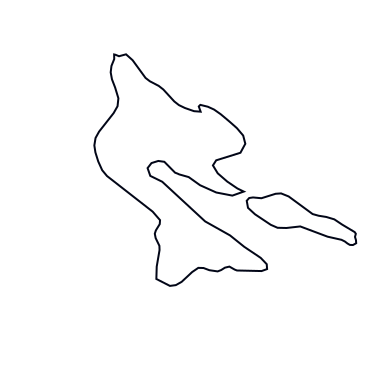 SVG path tracing the border of Southern Leyte, rotated 315°
{"feature_id": "PHL-2585", "entity_name": "Southern Leyte", "entity_type": "Province", "adm_level": 1, "iso_a3": "PHL", "parent_name": "Philippines", "parent_adm1": "", "projection": "equal_earth", "projection_center": [125.092, 10.27], "detail": "fine", "context": "isolated", "style": "outline", "palette": "ink", "viewbox_px": 384, "rotation_deg": 315, "n_neighbors": 0, "source": "natural_earth", "source_scale": "10m", "svg_char_len": 1573}
<svg xmlns="http://www.w3.org/2000/svg" viewBox="0 0 384 384"><g transform="rotate(315 192 192)"><path d="M234.2,39.7L234.9,40.8L236.4,44.4L242.7,48.0L243.2,56.8L239.8,78.5L240.5,83.9L243.5,93.5L244.2,99.2L243.5,115.4L244.2,121.3L246.4,127.6L250.6,136.3L254.9,141.3L257.3,136.3L259.5,136.3L263.5,142.9L265.9,149.3L267.3,157.3L268.3,168.8L268.9,178.6L268.1,188.3L263.8,195.6L254.0,198.5L231.5,186.7L225.6,188.0L223.4,197.0L224.3,209.6L226.6,221.6L228.9,228.3L218.0,223.1L208.8,209.5L202.5,192.9L200.2,179.1L195.4,170.5L194.8,168.8L193.7,166.4L193.8,151.1L190.1,146.2L183.8,142.9L177.5,143.7L173.9,151.1L178.2,163.7L180.5,222.1L188.2,249.6L190.2,267.8L194.0,287.2L193.8,295.9L190.6,299.6L185.3,297.1L168.3,279.3L167.3,277.0L165.7,271.2L161.8,268.8L157.4,267.8L154.0,266.3L149.0,259.6L146.4,253.9L142.8,250.1L135.4,248.7L121.1,248.2L114.7,246.4L110.0,242.8L105.3,228.3L114.3,219.8L128.0,210.1L130.9,207.0L133.7,198.9L136.2,195.2L139.3,193.6L146.5,191.9L149.5,189.3L150.3,178.1L143.2,120.6L143.9,113.1L147.3,104.1L151.7,95.7L155.9,90.0L162.0,85.6L169.0,83.6L192.4,80.8L200.0,78.7L206.2,73.7L211.5,63.8L215.1,55.7L219.1,49.9L224.2,45.9L231.0,43.0L234.2,39.7ZM275.1,321.1L278.7,335.4L278.3,337.4L275.5,339.0L273.9,342.0L271.9,344.3L268.3,343.3L266.2,341.0L265.5,338.2L265.1,335.1L263.9,331.5L256.3,319.5L244.2,292.9L233.3,284.2L227.2,277.8L224.5,270.9L220.8,252.3L220.4,242.8L224.5,236.9L228.2,236.7L231.3,239.0L236.7,245.5L249.9,252.4L254.0,256.0L257.2,263.5L261.7,292.9L264.8,298.4L269.3,304.6L273.3,312.0L275.1,321.1Z" fill="none" stroke="#020617" stroke-width="2"/></g></svg>